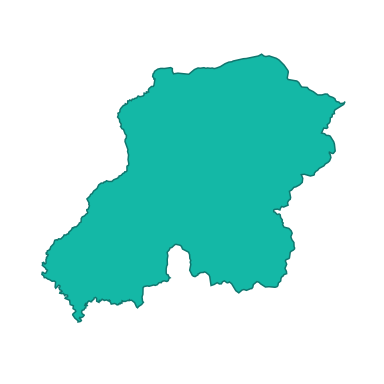 Ayabaca, Piura, Peru, rotated 280°
{"feature_id": "86281439B3265311261772", "entity_name": "Ayabaca", "entity_type": "district", "adm_level": 2, "iso_a3": "PER", "parent_name": "Peru", "parent_adm1": "Piura", "projection": "mercator", "projection_center": [-79.898, -4.698], "detail": "fine", "context": "isolated", "style": "filled", "palette": "teal", "viewbox_px": 384, "rotation_deg": 280, "n_neighbors": 0, "source": "geoboundaries", "source_scale": "gbopen_adm2", "svg_char_len": 5925}
<svg xmlns="http://www.w3.org/2000/svg" viewBox="0 0 384 384"><g transform="rotate(280 192 192)"><path d="M339.8,236.6L337.5,233.8L332.9,222.3L332.2,219.5L328.1,209.7L327.2,208.7L326.3,205.7L324.1,202.3L320.4,198.2L318.0,194.0L317.4,192.4L317.6,190.4L317.0,188.5L316.9,185.8L316.2,184.2L316.5,182.2L315.3,178.6L315.2,176.4L313.0,173.1L307.4,168.4L306.6,157.5L305.2,153.3L307.4,151.7L310.2,151.2L310.8,149.4L308.9,143.7L308.3,139.8L307.1,137.0L304.3,134.1L303.1,134.1L301.6,133.2L298.8,133.2L297.6,134.6L296.6,134.8L296.8,135.9L290.5,136.0L289.3,135.6L288.9,133.8L286.5,131.8L285.1,131.3L282.9,131.9L282.7,129.9L281.8,130.3L281.3,129.9L281.0,127.6L279.4,127.9L278.4,127.5L277.7,126.4L276.8,124.2L277.2,122.3L275.0,121.2L274.2,119.3L273.3,118.7L273.1,117.1L271.4,116.4L271.8,114.7L270.7,114.0L270.5,112.9L268.1,113.2L267.0,112.2L267.4,111.0L265.9,110.8L265.3,109.4L262.0,107.4L260.2,106.8L259.3,107.1L257.7,106.8L256.7,105.4L255.0,106.1L252.9,105.7L251.0,107.9L248.6,108.6L246.7,110.4L244.7,110.7L244.2,110.2L242.2,112.0L241.7,113.7L237.7,116.0L236.4,117.6L233.7,117.9L232.2,117.1L230.0,117.3L222.5,121.6L220.8,121.5L217.5,123.1L212.8,123.4L209.0,124.8L207.1,124.8L206.5,123.7L205.7,123.5L201.6,124.3L200.4,123.4L200.2,122.3L199.2,122.0L198.1,120.6L196.2,119.5L195.0,117.4L194.2,117.5L193.7,116.8L192.8,116.6L190.5,112.8L188.5,111.3L187.9,108.2L188.2,105.8L187.1,105.0L186.5,103.6L185.4,103.0L185.0,101.0L182.8,98.9L179.0,97.9L175.9,95.0L173.1,94.0L172.0,92.6L170.1,92.1L166.9,89.7L163.4,92.5L162.0,92.5L160.6,93.4L157.2,92.8L156.4,91.5L155.5,91.6L153.7,92.9L152.7,92.7L151.9,91.6L149.9,90.4L148.4,88.2L146.6,87.5L143.3,88.0L141.8,86.4L140.5,86.1L137.7,84.2L137.0,82.0L136.1,81.6L136.0,80.4L133.9,79.9L130.9,77.6L129.4,77.7L129.0,76.4L127.9,75.6L127.5,73.5L126.0,73.1L122.9,70.9L122.7,68.7L121.3,67.8L121.4,66.7L120.6,65.2L117.0,64.8L113.4,62.4L110.7,62.1L110.6,61.5L109.7,61.2L109.0,59.8L107.5,59.7L106.6,58.9L105.3,59.5L105.7,60.7L105.2,61.2L103.6,60.9L102.4,60.0L101.6,60.4L100.4,59.9L96.6,60.6L95.5,59.7L97.0,58.2L96.2,57.0L95.3,57.5L93.8,57.3L91.7,60.9L90.6,61.6L89.9,63.2L86.5,62.0L86.3,60.8L87.1,59.1L86.9,58.5L84.7,58.5L83.8,60.4L82.0,61.4L82.3,63.0L81.2,65.1L81.0,66.9L79.8,69.7L80.4,71.9L79.7,73.3L74.6,73.7L73.6,74.5L77.1,77.0L76.8,78.1L75.7,78.5L74.7,77.6L72.8,78.7L72.6,79.9L71.7,81.2L70.8,80.5L70.6,79.5L69.4,79.3L69.3,81.4L69.8,83.1L67.9,84.6L68.9,85.4L68.7,87.4L67.2,87.7L66.5,85.9L65.2,85.5L64.1,90.3L60.0,91.6L59.4,94.9L56.5,95.1L55.4,97.7L54.2,98.3L51.2,95.9L50.3,95.8L47.5,98.5L45.4,102.1L44.2,102.3L45.0,104.4L46.1,105.4L47.2,104.6L48.0,103.0L49.0,103.2L49.0,104.7L50.1,106.2L51.8,107.2L52.4,106.8L52.8,105.2L54.5,104.1L56.3,104.3L57.3,106.1L59.0,106.6L59.4,107.5L61.4,107.3L62.0,108.6L62.7,108.0L61.9,106.2L63.8,106.6L64.4,108.2L65.9,108.6L66.9,109.5L66.3,111.3L66.5,112.2L67.4,112.3L69.4,114.0L70.5,114.0L71.4,115.2L70.7,116.5L67.9,117.1L67.2,119.4L68.0,119.4L67.8,119.9L68.4,120.4L69.2,119.9L69.3,121.2L70.8,122.1L70.3,123.0L70.5,123.7L69.9,124.4L70.9,126.5L70.3,128.3L71.3,129.2L70.8,130.0L70.0,129.5L69.5,130.7L67.6,131.9L68.8,135.2L68.2,137.5L67.8,137.8L68.4,139.3L69.2,139.4L69.2,139.9L69.9,140.2L69.6,141.0L70.6,141.3L70.4,142.2L72.7,142.1L72.2,143.3L72.7,144.0L72.5,145.0L74.2,147.9L74.0,148.8L74.9,149.1L74.5,149.5L74.9,151.4L73.1,154.7L69.1,157.4L68.5,158.5L70.0,159.3L72.4,161.9L75.0,163.3L75.7,162.3L80.0,161.0L82.7,161.4L89.3,160.4L90.6,161.3L91.8,164.3L91.7,166.1L93.9,170.7L93.6,171.9L94.7,173.9L96.6,175.0L97.3,176.2L97.3,177.4L98.8,178.2L99.7,180.0L99.5,182.8L100.6,184.0L103.1,184.4L103.7,185.3L104.7,183.6L106.1,183.1L106.4,181.5L107.6,180.7L111.9,179.9L114.7,179.9L116.2,180.4L121.3,179.3L125.0,179.3L128.3,178.0L131.1,179.7L133.0,180.1L133.9,181.8L137.1,184.2L137.7,185.3L137.5,189.5L136.7,191.0L134.2,192.6L132.2,199.0L129.9,200.5L126.2,201.4L124.4,202.7L122.6,202.4L120.5,203.4L114.6,203.3L110.1,206.6L109.3,208.0L109.2,209.7L111.5,212.3L112.5,212.3L113.1,213.6L114.0,214.0L114.8,217.4L115.5,218.0L115.2,219.7L113.2,223.2L111.7,224.2L103.2,227.0L104.8,229.9L107.1,232.5L106.2,234.9L106.7,236.9L108.8,237.6L110.1,239.3L108.7,242.2L108.8,243.1L109.9,244.5L108.5,247.0L102.4,252.3L100.8,255.6L104.2,258.4L105.0,260.1L104.6,262.7L107.2,266.9L107.2,267.6L108.7,268.4L111.5,268.5L115.0,271.5L114.7,273.7L113.5,275.4L111.2,280.8L112.1,284.2L112.6,290.3L113.4,292.0L114.6,292.8L117.5,292.9L119.7,294.8L122.4,294.6L124.4,295.4L124.9,296.2L126.7,297.0L128.0,299.4L130.2,298.8L132.9,296.8L137.3,297.8L140.3,295.9L141.7,296.4L143.2,298.9L144.0,299.4L149.5,299.2L150.7,299.8L152.3,301.8L153.7,302.8L154.7,302.8L155.9,302.0L160.0,301.1L162.3,298.7L165.0,297.1L168.8,297.8L171.0,296.4L173.0,293.7L173.4,288.7L175.6,286.9L177.3,287.2L178.2,285.9L180.2,285.8L182.3,283.7L184.9,282.8L185.5,281.6L184.7,280.1L184.9,279.4L186.5,277.3L186.8,275.9L188.4,275.6L189.2,276.4L190.0,279.2L189.6,281.7L191.3,281.9L193.3,282.8L193.1,284.9L195.7,288.9L197.8,288.0L199.0,288.1L200.8,288.9L201.8,290.0L203.7,290.1L209.6,287.8L211.2,289.7L214.3,291.5L215.1,293.4L217.8,296.8L220.6,298.9L224.7,298.7L228.1,296.6L229.0,299.6L228.3,305.8L229.7,308.9L230.2,309.4L231.9,309.3L234.0,310.5L235.1,311.9L237.3,313.1L240.7,317.4L242.8,318.4L244.7,320.7L246.6,322.1L250.0,322.8L252.7,321.7L254.2,320.4L255.1,320.4L254.3,323.5L254.6,324.5L257.2,325.9L264.0,323.9L266.1,322.8L271.0,318.4L271.4,316.8L271.1,314.5L272.4,312.5L272.6,309.3L277.8,310.6L278.0,313.6L279.0,314.5L281.8,313.5L284.0,315.3L285.4,315.7L289.2,315.4L290.3,316.9L292.8,316.7L293.9,318.7L295.7,318.0L297.7,318.5L304.6,326.2L307.6,327.0L305.9,326.0L304.8,322.7L306.1,321.0L306.1,318.7L307.1,317.4L308.7,316.5L309.6,314.3L310.2,310.6L311.9,308.3L311.6,306.0L310.1,303.0L309.4,298.9L311.9,294.0L313.2,289.5L315.0,287.3L314.4,282.1L315.5,280.6L318.4,278.1L319.5,276.0L319.5,267.1L320.7,266.0L326.9,266.0L328.2,265.4L333.0,260.6L337.1,254.8L338.3,251.8L339.4,244.3L338.2,241.2L338.4,239.2L339.8,236.6Z" fill="#14b8a6" stroke="#0f766e" stroke-width="1.5"/></g></svg>